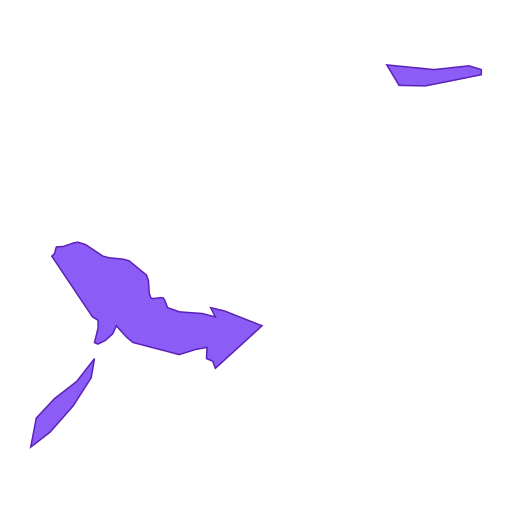 an SVG outline of Crooked Island and Long Cay
{"feature_id": "BHS-5035", "entity_name": "Crooked Island and Long Cay", "entity_type": "District", "adm_level": 1, "iso_a3": "BHS", "parent_name": "The Bahamas", "parent_adm1": "", "projection": "mercator", "projection_center": [-74.169, 22.823], "detail": "fine", "context": "isolated", "style": "filled", "palette": "violet", "viewbox_px": 512, "rotation_deg": 0, "n_neighbors": 0, "source": "natural_earth", "source_scale": "10m", "svg_char_len": 858}
<svg xmlns="http://www.w3.org/2000/svg" viewBox="0 0 512 512"><path d="M92.5,316.9L51.8,256.2L54.1,254.0L55.1,251.8L55.6,249.4L56.4,246.9L63.3,246.5L73.7,242.9L77.8,242.2L85.3,244.4L103.0,256.2L109.3,257.8L122.9,259.1L129.1,260.8L146.6,275.2L148.5,281.0L149.2,293.0L150.9,298.0L153.1,298.6L160.7,297.6L163.3,298.0L164.6,299.9L167.6,307.7L179.8,311.9L202.3,313.5L215.4,316.9L210.7,307.7L224.7,311.0L262.0,325.8L215.4,368.3L213.3,362.8L213.0,361.3L206.5,358.6L207.0,347.4L195.5,349.5L179.2,354.6L133.0,342.5L126.5,337.1L116.3,325.8L112.8,333.7L105.3,340.5L97.9,344.1L94.5,342.6L98.1,327.9L98.0,320.2L92.5,316.9ZM94.5,358.6L91.2,377.7L73.3,405.7L50.0,432.2L30.7,447.1L36.3,418.0L54.5,398.6L76.8,381.3L94.5,358.6ZM481.3,74.7L425.5,85.9L399.1,85.4L386.8,64.9L433.9,69.6L469.0,65.8L481.3,69.6L481.3,74.7Z" fill="#8b5cf6" stroke="#5b21b6" stroke-width="1.5"/></svg>